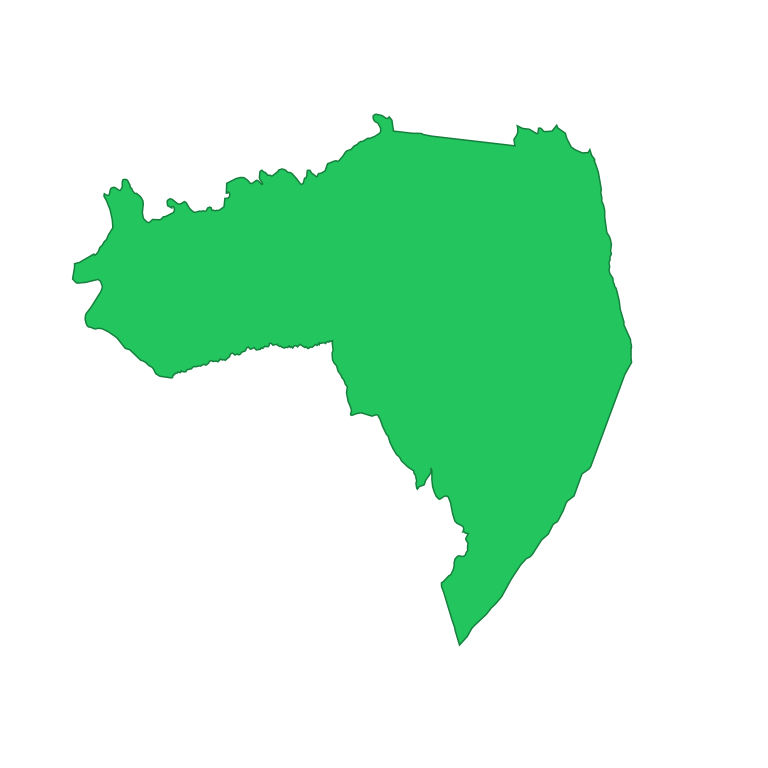 the district of Bolomba, Équateur, Democratic Republic of the Congo, rotated 163°
{"feature_id": "63176286B53001735211155", "entity_name": "Bolomba", "entity_type": "district", "adm_level": 2, "iso_a3": "COD", "parent_name": "Democratic Republic of the Congo", "parent_adm1": "Équateur", "projection": "equal_earth", "projection_center": [19.536, 0.592], "detail": "fine", "context": "isolated", "style": "filled", "palette": "green", "viewbox_px": 768, "rotation_deg": 163, "n_neighbors": 0, "source": "geoboundaries", "source_scale": "gbopen_adm2", "svg_char_len": 6171}
<svg xmlns="http://www.w3.org/2000/svg" viewBox="0 0 768 768"><g transform="rotate(163 384 384)"><path d="M388.1,112.3L378.2,118.2L371.9,124.3L369.3,126.0L353.2,134.0L347.0,138.4L341.1,141.4L333.6,146.3L319.1,160.4L306.0,171.2L298.9,175.4L295.0,176.0L291.9,177.7L278.9,188.8L270.9,192.4L263.3,200.3L258.5,201.7L257.2,202.8L249.7,210.4L244.6,217.0L242.9,218.4L235.0,221.4L221.0,240.1L213.1,242.7L210.7,244.3L150.9,322.7L140.9,332.3L140.2,336.5L137.3,345.9L137.0,345.9L136.2,348.0L135.9,352.1L135.3,354.3L137.3,370.5L136.4,373.2L136.3,385.9L134.8,394.6L134.2,403.5L134.1,407.8L135.0,410.3L134.6,411.9L135.0,414.4L134.2,418.3L135.6,423.0L135.7,425.2L135.4,427.3L133.9,430.2L133.4,434.3L131.6,436.5L130.8,439.3L128.5,441.9L128.4,445.1L125.8,450.7L125.2,456.1L125.4,459.1L126.6,463.7L124.3,478.3L122.2,485.6L121.8,490.7L122.3,495.3L121.3,498.2L120.7,503.7L119.3,506.5L117.1,524.0L117.4,533.8L117.9,535.9L117.2,536.1L116.9,537.3L118.6,542.1L118.6,547.9L121.1,545.6L126.8,547.0L132.7,552.1L135.7,555.9L137.4,565.5L137.3,570.8L142.9,578.0L143.2,580.9L149.4,576.7L156.4,578.3L157.5,579.1L158.7,581.9L159.8,583.1L161.4,583.4L163.5,578.8L164.5,578.5L170.5,585.1L176.6,587.8L181.1,592.0L181.4,589.3L182.4,585.7L184.3,583.2L188.2,580.0L189.2,573.5L266.2,607.2L273.2,610.9L275.3,612.8L283.7,615.5L301.0,623.1L299.3,633.9L300.9,637.9L301.8,637.1L303.2,637.0L304.5,637.7L307.4,641.3L312.5,644.2L313.9,644.4L316.0,643.5L316.6,641.6L316.6,639.7L316.0,637.8L313.5,635.2L312.5,630.0L312.9,627.8L313.8,625.9L315.1,625.0L320.4,623.5L326.5,623.0L327.3,623.8L333.8,622.2L335.1,622.7L337.3,622.2L339.6,620.9L343.0,620.3L347.1,617.9L351.5,617.8L352.9,617.1L356.7,613.9L361.8,610.7L363.3,610.4L364.5,611.5L366.7,611.7L373.6,611.1L378.0,605.0L382.4,604.0L385.2,604.3L387.3,601.9L388.0,602.0L391.6,607.0L392.3,609.9L394.3,610.7L395.0,610.5L397.0,605.6L398.4,603.9L399.8,604.0L402.7,599.4L404.2,599.0L405.5,599.9L407.5,605.7L410.2,611.6L411.5,613.4L414.3,614.7L415.4,617.0L417.1,618.6L419.0,619.5L422.2,619.4L423.5,618.1L429.9,615.7L431.2,616.0L431.9,617.0L434.1,617.6L435.6,620.9L437.2,622.1L438.2,624.1L439.2,624.1L440.7,623.1L442.7,618.2L443.0,616.5L441.5,611.9L441.7,610.7L442.6,610.5L444.2,614.0L445.3,615.5L446.5,616.1L450.9,614.5L452.6,614.6L453.4,615.3L454.7,618.5L457.6,622.3L461.0,623.5L465.3,623.7L475.7,621.9L479.0,612.7L478.0,612.3L476.9,613.2L476.2,612.3L476.0,610.7L476.7,608.8L478.6,607.3L481.9,608.0L485.2,600.2L491.4,598.2L492.9,599.0L494.5,598.8L495.9,599.9L497.7,600.3L497.8,603.2L498.9,604.1L501.1,603.9L503.4,601.6L504.6,601.4L506.3,602.5L508.4,602.5L509.8,603.3L514.0,603.3L515.9,604.1L518.6,608.7L520.2,615.4L521.6,616.8L526.0,615.6L528.5,616.5L532.6,622.5L534.2,623.6L536.3,623.4L538.0,622.2L538.8,617.8L535.5,614.4L535.2,615.4L533.8,615.5L533.3,614.4L533.2,613.0L533.8,611.1L535.2,609.5L544.2,608.0L546.2,608.4L549.2,606.7L550.4,606.6L557.2,609.0L560.8,607.2L562.0,607.2L563.2,608.1L565.3,611.8L565.6,613.8L565.0,618.5L561.6,626.5L561.0,629.6L561.6,632.8L562.5,635.0L564.9,638.6L566.6,639.1L568.0,642.4L568.1,644.8L569.2,646.3L568.8,648.2L569.7,653.6L570.4,654.7L571.8,655.4L573.7,655.7L574.3,655.3L575.2,653.8L576.7,648.9L579.4,646.3L580.4,646.4L584.0,650.7L585.5,651.2L587.7,651.0L589.2,649.5L590.3,647.1L591.8,645.2L592.7,645.0L593.9,645.5L595.8,647.7L596.9,645.6L595.7,640.0L595.0,630.6L595.8,620.7L597.6,612.7L604.1,607.0L607.0,603.4L609.9,601.9L613.1,598.9L615.8,597.7L618.6,594.0L621.1,592.3L622.9,591.7L623.5,593.1L639.7,589.3L644.7,589.5L645.9,585.9L651.1,575.5L648.8,570.9L647.7,570.1L639.8,568.4L626.8,567.6L625.1,565.1L624.8,560.1L625.2,558.6L627.6,555.3L641.9,542.9L648.2,538.5L649.6,536.5L651.0,532.8L651.1,528.3L650.7,526.3L649.8,524.9L648.0,524.1L644.5,521.2L640.5,520.7L637.3,519.2L632.2,514.4L625.9,506.3L621.0,493.7L617.1,491.1L609.6,477.7L608.1,476.9L605.1,473.8L605.1,473.0L604.5,472.5L603.6,470.5L601.1,468.0L600.2,466.1L599.2,460.5L596.0,456.9L585.6,452.0L584.4,452.0L582.9,454.2L581.6,454.2L580.5,455.3L578.6,454.9L577.6,455.7L575.6,454.4L575.1,454.5L574.1,455.8L572.0,454.1L569.9,453.7L568.0,455.3L563.9,454.8L561.1,456.3L558.2,455.4L555.5,455.4L554.1,454.7L551.1,455.6L548.6,454.1L545.4,455.4L544.3,456.7L541.9,456.8L541.1,455.6L537.9,454.9L536.1,453.8L534.1,454.9L534.1,455.4L532.7,455.7L531.7,454.2L530.0,454.1L528.9,453.1L523.7,455.3L522.3,457.3L520.7,457.9L519.6,457.7L518.1,455.3L515.6,455.5L514.3,454.3L512.4,454.7L510.9,456.0L507.0,456.2L504.8,458.6L503.1,459.1L501.4,456.2L497.5,456.7L496.2,453.9L492.0,453.3L491.1,454.4L489.5,453.5L486.8,455.0L485.2,453.9L483.5,453.6L482.2,455.1L481.8,456.2L479.9,455.9L479.0,453.7L474.6,453.2L474.4,452.2L472.8,450.4L471.7,450.5L471.0,449.0L469.8,448.5L469.0,447.5L466.9,447.8L465.4,447.0L463.7,448.1L462.9,446.4L461.9,447.0L460.8,445.1L458.8,446.7L457.0,446.5L455.8,444.8L452.8,446.5L449.0,442.0L447.5,442.4L446.6,440.2L445.3,440.1L444.2,440.9L441.6,440.2L438.1,441.9L436.7,440.4L435.4,441.4L434.5,440.5L434.1,442.3L433.7,442.4L432.6,441.3L429.4,441.2L428.1,439.8L426.4,441.2L424.5,440.2L423.4,441.1L422.2,440.1L420.5,440.4L421.6,437.9L422.8,431.1L424.7,428.6L426.1,422.2L425.7,419.2L424.0,415.0L424.2,409.8L422.6,405.1L422.5,402.6L421.2,399.6L421.0,394.9L419.9,392.0L422.4,386.6L423.4,378.1L422.7,370.9L423.0,367.7L424.9,364.8L424.7,363.9L424.0,363.4L418.5,363.7L414.2,363.1L404.9,356.8L400.7,356.9L399.0,356.1L398.0,350.7L397.7,343.8L396.4,335.1L395.3,333.0L395.3,326.3L394.3,319.5L392.6,312.8L390.6,309.8L389.7,305.2L385.2,297.3L381.0,292.3L381.4,289.8L380.6,287.6L381.2,281.4L382.4,280.0L383.2,274.8L382.8,273.7L380.4,275.6L375.1,275.8L372.2,279.8L366.5,284.2L364.9,286.0L363.6,290.1L363.6,287.0L366.2,278.4L367.5,271.6L367.5,266.4L366.9,261.3L365.2,258.0L364.3,257.5L358.9,259.1L356.2,258.2L355.5,256.8L355.1,250.9L356.3,239.7L356.3,232.1L354.9,229.5L350.4,225.1L350.0,223.6L350.2,221.7L351.9,219.5L350.8,219.3L349.9,217.8L347.2,216.3L351.0,212.3L351.2,211.3L350.2,207.1L351.7,204.0L352.8,200.1L354.5,199.0L356.2,196.7L357.2,196.1L359.4,196.1L362.4,197.7L363.9,197.8L367.1,196.0L368.9,193.2L370.3,189.1L372.4,185.7L376.1,181.9L378.0,181.7L385.3,177.5L387.2,177.1L388.2,173.4L387.8,166.7L387.9,137.6L387.6,130.4L388.0,127.8L388.1,112.3Z" fill="#22c55e" stroke="#15803d" stroke-width="1.5"/></g></svg>